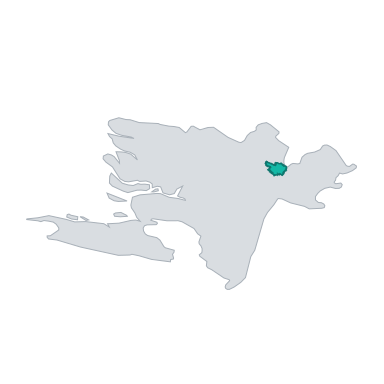 location of Joypurhat, Rajshahi, Bangladesh, rotated 108°
{"feature_id": "16705992B2288856744536", "entity_name": "Joypurhat", "entity_type": "district", "adm_level": 2, "iso_a3": "BGD", "parent_name": "Bangladesh", "parent_adm1": "Rajshahi", "projection": "equal_earth", "projection_center": [89.098, 25.063], "detail": "fine", "context": "in_parent", "style": "filled", "palette": "teal", "viewbox_px": 384, "rotation_deg": 108, "n_neighbors": 0, "source": "geoboundaries", "source_scale": "gbopen_adm2", "svg_char_len": 7883}
<svg xmlns="http://www.w3.org/2000/svg" viewBox="0 0 384 384"><g transform="rotate(108 192 192)"><path d="M142.4,273.1L142.3,263.7L137.3,245.2L137.6,243.2L136.5,234.3L135.3,229.4L134.6,224.1L137.6,216.6L136.4,215.4L129.8,213.1L129.0,211.1L130.4,203.7L125.7,196.7L123.8,191.5L128.9,174.6L130.2,162.8L129.8,160.6L126.7,158.0L121.2,156.9L117.3,154.7L115.0,151.4L113.1,150.1L110.7,151.0L107.7,149.8L105.1,146.5L103.0,142.5L103.9,138.1L107.9,127.8L109.4,127.5L112.9,129.5L114.2,129.5L116.4,125.4L119.6,113.8L130.8,114.8L133.4,114.4L136.2,113.5L137.7,112.0L138.6,110.1L138.3,108.5L134.9,106.3L133.6,104.7L132.6,100.1L131.6,98.3L124.9,98.1L121.4,96.0L119.5,94.0L116.1,87.7L112.0,83.1L107.9,82.0L106.4,80.4L105.6,78.0L106.0,74.6L108.1,67.9L119.2,53.5L119.4,51.9L119.0,50.1L115.8,47.8L115.6,46.6L116.5,43.6L118.3,43.3L122.1,46.0L126.0,50.4L128.3,54.4L128.4,57.5L131.4,58.1L133.9,59.5L136.5,59.1L138.2,59.8L139.3,59.6L139.7,57.8L137.5,53.2L138.6,51.4L141.1,51.5L143.0,53.1L144.3,56.6L144.6,62.0L147.5,66.9L151.4,70.4L154.5,72.0L158.2,73.2L161.4,72.1L162.9,68.6L162.2,65.6L162.7,62.9L164.0,61.4L166.0,61.4L167.4,63.6L171.8,75.3L170.9,80.5L171.9,94.8L170.8,104.2L171.5,107.8L172.2,108.4L178.8,110.2L188.2,113.9L195.4,115.3L228.0,114.3L235.2,116.1L256.9,114.7L262.9,117.7L269.4,122.6L273.0,126.3L273.7,128.4L273.3,130.1L272.1,131.1L269.9,131.2L264.7,128.8L263.9,129.5L263.9,135.1L259.8,149.3L259.2,153.7L257.8,155.5L253.5,156.4L250.7,164.7L249.5,165.7L246.7,163.9L244.9,164.2L242.7,164.9L240.5,166.8L239.0,169.2L237.3,170.0L231.2,169.9L230.0,173.7L226.1,178.8L223.4,192.2L223.6,196.3L227.1,206.9L229.5,220.8L230.4,222.2L231.6,222.4L231.6,216.0L232.7,215.2L234.1,215.9L237.1,224.5L238.7,226.7L241.3,227.3L244.1,226.0L246.3,223.5L247.1,220.7L246.3,211.4L247.7,207.6L252.6,201.9L253.3,200.2L252.9,190.9L254.8,190.5L257.3,191.3L260.5,189.1L261.5,189.0L262.8,191.4L265.1,191.0L268.6,209.5L269.0,222.6L269.8,229.9L271.1,231.5L275.0,242.5L278.8,281.0L279.4,305.6L281.0,313.9L279.8,315.8L278.5,316.2L277.4,313.2L269.3,307.0L267.3,307.6L264.6,311.2L263.5,314.6L264.0,319.3L264.9,324.0L266.9,326.6L267.0,329.6L269.3,340.7L268.6,340.7L264.2,330.7L258.7,320.8L256.9,303.0L256.7,294.3L253.0,284.0L249.4,266.1L250.9,259.8L248.3,262.5L244.2,251.8L237.9,241.3L236.0,236.7L235.9,232.2L233.2,236.7L229.5,239.9L225.8,244.7L223.3,246.1L215.4,247.0L210.8,240.6L204.2,224.9L203.3,221.4L204.1,212.1L202.5,203.4L202.0,195.7L200.9,196.4L200.4,198.5L200.7,201.8L200.2,204.5L189.2,202.7L193.9,207.3L199.0,208.4L201.6,212.5L201.8,219.3L196.8,223.4L197.3,226.9L200.2,231.1L196.7,232.3L195.7,235.1L195.7,239.0L198.1,245.1L197.7,247.5L201.9,255.4L202.7,259.2L201.7,264.5L192.7,275.4L190.2,283.1L187.9,286.8L185.2,287.4L181.8,283.8L181.7,280.0L182.4,277.0L187.1,269.8L184.5,270.8L177.2,276.7L175.8,271.9L174.9,267.4L174.9,262.0L178.4,253.8L174.4,257.9L173.3,263.0L173.8,269.0L173.3,273.2L171.7,278.8L169.6,282.1L166.2,284.3L164.7,287.6L162.4,290.0L161.5,278.8L159.0,263.7L158.5,266.9L159.8,276.3L159.7,282.4L157.8,287.2L154.0,292.4L151.1,293.1L149.4,292.3L144.0,284.5L143.5,277.2L142.4,273.1ZM209.0,273.3L202.3,275.1L198.9,274.6L205.2,261.0L205.0,254.9L204.0,249.9L200.7,246.0L200.5,243.1L199.1,239.3L198.3,234.7L201.9,233.3L204.8,235.9L205.9,241.0L207.3,244.9L212.4,252.8L212.4,257.7L211.0,269.6L209.0,273.3ZM223.4,268.9L219.3,272.5L220.6,251.0L223.7,259.0L224.4,263.3L223.4,268.9ZM239.0,258.1L237.2,259.7L235.6,258.3L233.4,253.3L234.4,246.9L235.1,246.0L237.7,252.5L239.0,258.1ZM254.5,303.4L252.1,303.7L251.0,302.2L251.5,300.0L250.8,293.0L253.8,292.3L254.9,298.2L254.5,303.4ZM251.8,284.0L250.1,290.9L249.4,287.8L250.5,281.7L251.8,284.0ZM203.6,228.1L204.3,230.3L200.5,227.5L199.5,225.4L201.2,224.4L203.6,228.1Z" fill="#d9dde1" stroke="#a8b0b8" stroke-width="1"/><path d="M151.1,118.9L150.7,118.7L150.5,118.4L150.4,118.5L150.0,118.4L150.0,118.2L149.9,117.9L149.9,117.7L149.9,117.4L149.7,117.0L149.5,116.8L149.3,116.0L148.9,116.1L149.0,116.0L148.7,116.0L148.7,115.9L148.8,115.8L148.9,115.7L148.8,115.4L148.7,115.3L148.7,115.0L148.4,114.8L148.2,114.9L148.2,114.7L147.9,114.4L148.0,114.3L147.9,114.3L147.9,114.1L147.7,114.0L147.4,114.0L147.4,113.8L147.7,113.6L147.8,113.5L147.9,113.1L147.8,112.9L147.8,112.3L148.0,112.2L148.2,111.9L148.2,111.7L147.9,111.6L147.9,111.3L147.9,111.2L147.7,111.1L147.7,111.3L147.3,111.3L147.2,111.4L147.3,111.3L147.2,111.3L147.0,111.1L146.8,111.1L146.7,111.0L146.7,110.8L146.5,110.7L146.4,110.8L146.4,110.7L146.6,110.6L146.2,110.4L145.7,110.4L145.8,110.5L145.8,110.8L145.4,110.9L145.2,110.7L144.9,110.8L144.9,111.0L144.6,110.9L144.5,111.1L144.2,111.0L144.0,110.9L143.9,110.7L143.6,110.5L143.6,110.4L143.5,110.1L143.2,109.8L143.1,109.7L142.9,109.7L143.0,109.8L142.9,109.9L142.9,110.0L142.7,110.1L142.6,109.9L142.4,109.8L142.2,109.6L142.3,109.8L142.2,109.8L141.9,109.5L141.7,109.4L141.8,109.3L141.7,109.3L141.7,109.2L141.5,109.3L141.5,109.5L141.4,109.5L141.2,109.7L141.1,109.8L141.0,109.7L140.7,109.7L140.7,109.9L140.6,109.6L140.2,109.6L140.1,109.4L139.9,109.4L139.8,109.7L139.7,109.7L139.8,109.7L139.7,109.7L139.7,109.8L139.4,110.1L139.2,110.2L138.9,110.4L138.7,110.4L138.7,110.6L138.5,110.9L138.7,111.3L138.6,111.5L138.8,112.0L138.8,112.4L139.0,112.7L138.9,112.8L138.8,112.7L138.7,112.8L138.3,112.9L138.3,112.7L138.2,112.7L138.0,113.0L137.9,113.2L138.0,113.5L138.3,113.5L138.4,113.8L138.3,114.0L138.5,114.1L138.4,114.4L138.2,114.5L138.2,114.4L138.1,114.2L137.9,114.1L137.7,114.4L137.7,114.5L137.5,114.9L137.6,115.3L137.5,115.7L137.4,115.9L137.5,116.0L137.7,116.3L137.5,116.6L137.4,116.6L137.7,117.0L138.0,117.3L138.1,117.6L138.2,118.4L138.0,118.7L138.0,119.0L137.8,119.4L137.8,119.7L138.0,120.4L138.3,120.5L138.3,120.8L138.2,121.3L138.5,121.4L138.5,121.5L138.6,121.8L138.8,121.8L138.6,121.5L138.6,121.4L138.7,121.1L138.8,121.0L138.7,120.9L138.6,120.6L138.8,120.6L139.0,120.7L139.4,120.7L139.6,120.7L139.9,120.9L140.1,121.0L140.2,120.9L140.3,121.1L140.4,120.8L140.5,120.8L140.8,120.9L141.0,121.0L140.9,121.4L140.8,121.5L140.9,121.8L141.1,122.1L140.9,122.2L140.8,122.3L141.1,122.5L141.0,122.9L140.9,122.8L140.8,123.0L140.7,123.4L140.7,123.8L140.8,123.9L140.9,124.0L140.9,124.3L140.8,124.5L140.5,124.5L140.4,124.8L140.6,125.0L140.5,125.3L140.6,125.6L140.4,125.8L140.5,126.4L140.6,126.5L140.5,126.9L140.4,127.2L140.4,127.5L140.5,127.6L140.4,128.0L140.5,128.1L140.6,128.5L140.6,128.8L140.5,129.0L140.4,129.1L140.4,129.3L140.0,129.6L140.0,129.9L140.2,130.2L140.0,130.6L140.4,130.7L140.6,130.7L140.8,130.6L140.8,131.1L141.0,131.1L141.2,130.7L141.6,130.8L141.6,130.7L141.8,130.8L141.8,130.6L141.9,130.4L142.0,130.4L142.2,130.5L142.2,130.4L142.3,130.3L142.4,130.5L142.5,130.5L142.6,130.4L142.6,130.2L142.8,130.1L142.9,129.9L143.0,130.0L143.4,130.1L143.5,130.0L143.5,129.9L143.8,129.8L143.8,129.7L143.6,129.7L143.5,129.3L143.3,129.3L143.5,128.9L143.9,129.2L144.0,129.2L144.1,128.7L144.3,128.4L144.0,128.3L144.0,128.0L144.0,127.9L143.8,127.8L143.8,127.3L143.7,127.3L143.6,127.1L143.6,126.9L143.8,126.8L143.9,126.5L144.0,126.4L144.0,126.1L143.9,126.1L143.9,125.7L143.8,125.4L144.1,125.4L144.3,125.2L144.4,124.9L144.6,125.0L144.8,125.1L145.0,125.2L145.3,125.3L145.2,125.5L145.1,126.0L145.3,126.0L145.4,125.9L145.6,126.0L145.8,125.9L145.9,126.0L146.1,126.0L146.3,125.9L146.7,125.9L146.9,125.9L147.1,125.8L147.3,125.8L147.3,126.0L147.5,126.2L147.5,126.4L147.7,126.2L147.6,125.9L147.6,125.7L147.6,125.3L147.4,125.1L147.2,125.0L147.2,124.8L147.4,124.8L147.3,124.7L147.5,124.6L147.5,124.3L147.7,124.2L147.9,124.2L148.0,124.2L147.9,124.1L147.7,123.9L147.8,123.8L147.7,123.8L147.7,123.6L147.9,123.5L148.1,123.6L148.3,123.6L148.2,123.4L148.2,123.1L148.3,123.1L148.4,122.9L148.4,122.6L148.6,122.6L148.8,122.3L148.8,122.2L148.6,122.2L148.6,121.9L148.7,122.0L149.2,122.5L149.2,122.4L149.4,122.4L149.4,122.2L149.7,121.9L149.6,121.7L149.7,121.3L149.8,120.9L150.0,120.7L149.9,120.3L149.8,120.1L150.0,119.9L150.4,119.6L150.7,119.1L150.9,119.0L151.1,119.0L151.1,118.9Z" fill="#14b8a6" stroke="#0f766e" stroke-width="1.5"/></g></svg>